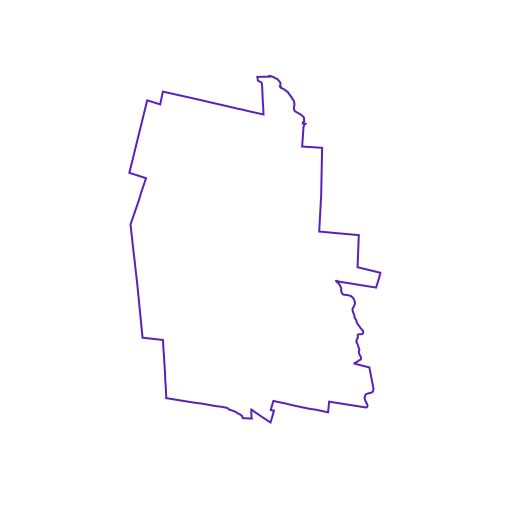 Radomiresti, Olt, Romania, rotated 207°
{"feature_id": "2599482B17216146202698", "entity_name": "Radomiresti", "entity_type": "district", "adm_level": 2, "iso_a3": "ROU", "parent_name": "Romania", "parent_adm1": "Olt", "projection": "equal_earth", "projection_center": [24.652, 44.109], "detail": "fine", "context": "isolated", "style": "outline", "palette": "violet", "viewbox_px": 512, "rotation_deg": 207, "n_neighbors": 0, "source": "geoboundaries", "source_scale": "gbopen_adm2", "svg_char_len": 5817}
<svg xmlns="http://www.w3.org/2000/svg" viewBox="0 0 512 512"><g transform="rotate(207 256 256)"><path d="M317.2,423.4L318.8,423.2L319.9,423.2L320.6,423.3L321.5,423.4L322.5,423.3L323.0,423.1L323.6,423.0L324.7,423.0L325.3,422.9L326.1,422.2L326.4,421.8L326.0,421.6L336.1,416.2L333.9,413.1L333.6,413.1L330.5,413.1L329.8,412.9L329.1,412.4L327.5,409.9L321.1,398.5L316.3,390.4L313.6,385.5L325.6,382.4L336.6,379.7L338.5,379.1L346.8,377.1L365.9,372.3L381.7,368.4L413.6,360.2L410.2,347.6L423.6,345.3L406.6,272.6L389.3,275.4L387.0,259.6L385.8,253.5L382.1,227.1L369.7,208.2L363.1,198.3L348.1,175.6L320.0,131.7L300.8,138.9L300.3,138.1L299.7,137.1L298.1,134.4L297.6,133.3L297.2,132.8L295.1,129.2L294.2,127.8L293.1,126.0L290.9,122.2L290.4,121.3L289.8,120.2L289.3,119.5L288.7,118.6L287.0,115.6L286.4,114.5L284.5,111.4L282.6,107.9L281.5,106.1L280.6,104.3L277.2,98.8L274.0,93.1L272.7,91.0L271.5,88.6L248.7,95.9L246.7,96.6L244.1,97.4L243.2,97.8L240.9,98.5L239.6,99.0L239.1,99.3L223.4,104.1L221.5,104.8L219.1,105.7L217.3,106.3L215.4,106.8L213.9,107.3L213.7,107.4L213.4,107.3L213.0,107.4L212.8,107.5L212.6,107.5L212.3,107.5L211.3,107.4L211.1,107.3L210.5,107.1L210.3,107.0L210.0,107.0L208.9,107.2L207.7,107.4L205.4,107.7L204.6,107.8L203.5,107.9L202.8,107.8L202.1,107.7L201.2,107.7L200.9,107.6L200.3,107.5L199.0,107.6L198.5,107.5L198.1,107.6L197.8,107.5L197.0,107.5L196.8,107.4L196.3,107.2L196.0,107.2L195.9,107.1L195.7,106.9L195.4,106.6L194.8,106.2L194.7,106.1L194.4,106.0L194.1,105.6L193.8,105.7L192.8,106.1L192.5,106.3L191.9,106.5L190.8,107.0L189.8,107.5L187.2,108.7L186.3,109.1L186.0,109.2L186.8,110.4L188.0,112.5L188.6,113.4L190.2,116.6L190.5,117.1L190.2,117.2L188.0,116.7L185.2,116.3L183.3,116.1L180.5,115.7L177.8,115.4L176.3,115.2L175.3,115.1L174.4,115.0L170.1,114.5L167.5,114.3L168.1,117.7L168.4,119.4L169.8,126.3L172.9,125.5L173.8,129.7L174.7,134.5L174.7,134.8L172.2,135.4L167.8,136.6L166.6,136.9L163.1,137.9L155.7,139.6L149.8,141.2L145.1,142.4L145.1,142.5L138.1,144.4L137.5,144.6L135.4,145.4L132.9,146.2L131.2,146.7L130.9,146.8L127.3,147.7L125.2,148.3L122.8,148.9L121.3,149.3L120.8,149.5L124.7,159.4L89.4,170.9L88.6,171.5L88.4,172.2L88.4,172.4L88.5,172.7L88.7,173.2L88.8,173.4L89.1,173.8L89.4,174.2L89.7,174.4L90.6,175.0L91.0,175.3L91.3,175.6L91.5,175.8L92.2,176.1L92.5,176.3L93.2,177.0L93.7,177.6L94.3,178.2L94.6,178.5L95.0,179.3L95.1,179.5L95.0,179.8L95.0,180.1L95.1,180.3L95.3,180.7L95.4,181.2L95.4,181.7L95.4,182.0L95.4,182.3L95.2,182.7L95.1,183.0L94.6,183.5L94.1,184.1L93.8,184.4L93.1,184.9L92.8,185.3L92.2,185.6L90.8,187.1L90.7,187.4L90.4,188.1L90.4,188.4L90.4,189.0L90.5,189.5L90.6,189.9L90.8,190.2L90.9,190.4L91.1,190.9L91.1,191.1L91.3,191.4L104.4,208.2L117.6,205.2L118.5,205.1L119.4,204.8L119.5,205.1L119.6,205.3L119.5,205.6L118.8,206.3L118.6,206.7L118.1,207.3L117.7,208.0L117.2,209.0L116.7,209.9L116.4,210.2L116.0,210.9L115.8,211.3L115.7,211.6L115.7,211.8L115.7,212.1L116.0,212.5L116.4,213.1L116.7,213.5L117.0,213.8L119.4,215.5L119.7,215.8L120.0,216.1L120.4,216.5L120.7,217.2L120.9,217.5L121.0,217.6L121.2,217.8L121.2,218.1L121.1,218.5L121.1,218.8L121.4,219.4L121.7,219.8L122.1,220.3L123.1,221.2L123.4,221.4L124.1,222.3L124.4,222.5L124.7,222.8L125.6,223.6L126.1,223.9L126.4,224.1L126.7,224.3L127.1,224.6L127.5,224.9L127.6,225.0L127.6,225.9L127.7,226.1L127.8,226.2L128.0,226.3L128.2,226.6L128.3,226.7L128.3,227.9L128.2,228.8L128.1,229.1L128.2,229.4L128.4,229.9L128.7,230.4L129.2,231.0L129.4,231.5L129.5,231.9L129.4,232.2L129.1,232.6L128.6,233.1L127.9,233.5L126.7,234.1L126.3,234.4L125.8,234.8L125.7,235.2L125.6,235.5L125.6,235.9L125.7,236.4L125.9,236.9L126.3,237.4L127.0,238.0L127.6,238.3L129.5,238.9L130.4,239.4L131.3,240.0L132.2,240.4L133.4,240.9L134.6,241.6L135.5,242.2L136.2,242.7L136.7,243.3L137.3,244.1L137.5,244.3L137.9,244.6L138.6,244.9L139.0,245.2L139.3,245.4L140.0,245.9L141.0,247.0L141.4,247.7L142.1,248.4L142.7,249.0L143.5,249.5L144.2,250.2L145.4,251.6L145.8,252.3L146.0,253.1L146.1,253.5L146.1,253.9L145.9,255.1L145.9,255.7L145.9,256.2L145.9,256.6L146.0,257.0L146.1,257.4L146.2,258.4L146.4,259.0L146.7,259.5L147.2,260.0L148.3,261.1L148.9,261.6L149.2,261.9L149.5,262.2L149.8,262.4L151.1,262.9L152.9,263.4L153.5,263.4L155.1,263.1L156.1,262.9L156.8,262.7L157.4,262.5L159.1,261.8L160.8,261.3L161.1,261.2L161.4,261.2L161.7,261.5L161.9,261.7L162.2,261.9L163.0,262.4L163.6,262.9L163.9,263.2L164.2,263.4L164.6,263.8L164.7,264.1L164.8,264.8L165.3,265.5L165.4,265.8L165.5,266.1L166.1,266.6L166.6,267.0L169.1,268.7L169.6,268.9L170.7,269.2L171.4,269.4L173.0,269.8L173.3,270.0L173.1,270.4L172.9,270.5L172.6,270.5L171.5,270.7L170.3,270.9L142.3,279.9L134.7,282.4L134.9,283.5L135.6,288.0L136.5,293.0L137.6,297.5L160.4,292.1L173.9,321.3L192.7,313.7L210.8,306.5L225.5,339.7L246.2,382.4L264.6,374.5L269.6,386.4L271.1,389.8L271.4,390.6L272.0,391.9L272.4,393.3L272.5,394.3L272.4,394.8L272.0,396.2L274.5,395.3L274.8,396.6L274.5,396.7L274.3,396.9L274.2,397.1L274.2,397.3L274.2,397.6L274.3,397.9L274.4,398.3L274.7,398.8L275.0,399.2L275.2,399.6L275.6,400.2L275.9,400.8L276.4,401.1L277.0,401.6L279.1,402.1L281.1,402.4L282.3,402.4L286.0,402.6L286.6,402.7L287.3,402.9L288.0,403.2L288.4,403.6L288.8,404.2L289.3,404.9L289.7,405.6L290.0,406.3L290.3,408.0L290.7,408.7L291.6,410.1L292.1,410.8L292.8,411.4L293.7,412.0L294.6,412.4L295.8,413.0L296.4,413.7L296.9,413.9L297.3,414.1L297.6,414.1L298.2,414.4L298.6,414.6L299.3,415.1L300.2,415.3L300.6,415.5L301.3,416.2L301.5,416.3L302.0,416.5L302.6,416.7L302.9,416.7L303.0,416.7L303.4,416.5L303.5,416.5L305.1,417.1L306.0,417.2L306.7,417.1L307.1,417.1L307.6,417.3L308.3,417.3L308.9,417.2L309.5,417.1L309.9,417.1L310.3,417.2L310.4,417.3L310.5,417.4L310.4,417.5L310.4,417.8L310.5,418.0L310.8,418.0L311.3,417.7L311.7,417.8L311.9,418.0L311.9,419.1L312.1,419.9L312.3,420.6L312.5,421.0L313.1,421.4L314.0,422.0L315.2,422.5L316.2,422.9L317.2,423.4Z" fill="none" stroke="#5b21b6" stroke-width="2"/></g></svg>